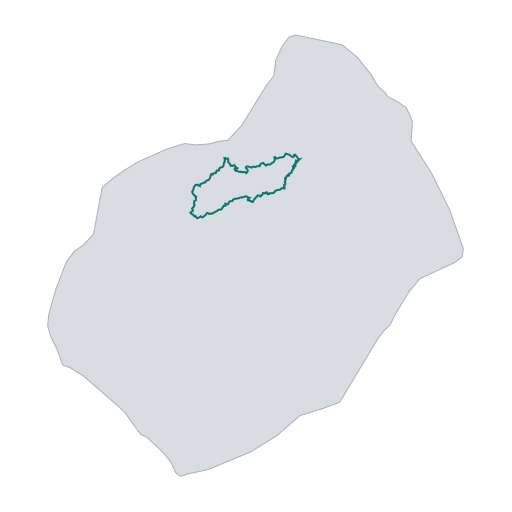 Senqunyane, Mohale's Hoek, Lesotho shown in context, rotated 181°
{"feature_id": "5366337B33484632256232", "entity_name": "Senqunyane", "entity_type": "district", "adm_level": 2, "iso_a3": "LSO", "parent_name": "Lesotho", "parent_adm1": "Mohale's Hoek", "projection": "natural_earth1", "projection_center": [28.303, -29.937], "detail": "fine", "context": "in_parent", "style": "outline", "palette": "teal", "viewbox_px": 512, "rotation_deg": 181, "n_neighbors": 0, "source": "geoboundaries", "source_scale": "gbopen_adm2", "svg_char_len": 7034}
<svg xmlns="http://www.w3.org/2000/svg" viewBox="0 0 512 512"><g transform="rotate(181 256 256)"><path d="M347.0,361.4L331.1,366.7L328.9,367.2L318.7,366.0L305.1,367.2L294.4,370.2L286.1,371.2L272.5,386.5L248.0,427.7L241.4,436.3L239.6,452.5L233.9,465.3L226.9,475.3L220.1,477.7L199.6,473.7L173.3,468.6L158.0,456.2L144.4,439.9L137.2,428.0L129.7,421.5L127.1,417.8L116.4,412.3L112.4,409.5L108.8,407.5L104.5,399.6L102.0,392.7L102.9,373.6L95.4,362.2L82.4,342.8L74.2,326.9L63.0,305.1L56.1,286.5L48.9,267.2L49.8,258.9L56.6,253.3L76.4,243.6L91.8,236.1L102.8,222.3L114.8,201.8L120.7,189.5L126.5,183.8L132.9,175.1L144.0,155.8L156.4,134.4L169.7,111.4L186.5,104.7L209.5,97.1L231.6,77.0L257.9,60.0L300.3,41.6L320.1,37.0L327.7,34.3L332.4,37.8L337.5,48.3L344.7,57.1L361.4,72.4L368.5,76.1L385.8,98.8L404.2,114.3L425.5,132.3L440.0,141.2L447.3,143.6L453.4,159.5L459.6,171.3L463.1,182.4L462.3,193.1L455.5,219.4L445.7,246.3L437.8,257.5L428.2,264.5L418.8,275.2L415.2,296.7L410.9,322.1L398.7,332.5L389.2,339.4L376.1,347.8L347.0,361.4Z" fill="#d9dde1" stroke="#a8b0b8" stroke-width="1"/><path d="M227.9,358.9L228.1,358.8L228.3,358.5L229.7,356.0L230.0,355.7L230.5,355.4L232.6,355.1L233.4,354.9L234.0,354.9L235.5,354.1L236.5,353.9L237.5,354.0L238.0,354.2L238.3,355.1L238.9,355.3L239.3,355.1L239.5,354.7L239.3,354.2L238.9,353.2L238.8,352.6L239.7,350.5L240.5,349.8L242.4,348.8L243.1,347.9L243.5,347.7L244.4,347.6L245.4,347.9L245.7,347.9L246.8,347.4L247.5,346.6L247.9,346.8L249.4,348.0L250.4,349.3L251.1,349.1L252.0,348.5L252.7,348.4L253.0,348.1L253.7,346.9L253.7,346.1L253.8,345.9L254.2,345.7L255.6,345.9L256.0,345.9L257.5,345.3L258.0,344.9L258.6,345.0L259.3,345.3L260.7,345.3L261.0,345.1L261.3,344.6L261.7,344.4L263.0,344.5L265.1,345.4L267.0,345.3L267.3,345.1L267.6,344.8L267.7,344.5L267.7,344.1L266.8,342.9L265.8,341.9L265.7,341.6L265.8,341.0L266.0,340.1L266.6,339.5L267.1,338.6L267.3,338.6L267.6,338.9L267.8,339.4L268.3,339.7L269.9,339.7L271.3,339.4L271.5,339.5L271.8,339.9L272.1,340.0L272.6,339.8L272.9,340.0L273.4,339.8L274.3,339.9L276.0,340.5L277.7,340.8L278.9,342.3L279.0,342.6L278.8,342.9L278.1,343.5L277.6,343.5L277.0,343.0L276.6,342.9L276.1,343.0L276.1,343.6L276.6,343.9L277.9,344.2L278.3,344.7L278.5,345.8L278.7,346.1L279.3,346.4L280.0,346.4L280.9,345.6L282.2,346.0L282.5,345.6L282.9,345.6L283.4,346.5L283.5,347.4L283.8,347.8L285.1,349.2L285.5,349.8L285.3,351.8L285.6,352.4L285.7,353.0L285.8,353.1L286.4,353.0L287.8,352.5L288.4,352.9L288.6,353.4L289.3,353.5L289.2,352.8L288.9,352.1L288.9,351.3L288.8,351.0L288.7,350.4L288.8,350.1L289.1,350.0L289.3,349.7L289.4,349.2L289.3,348.7L289.7,348.3L289.9,347.7L290.0,347.1L289.9,346.5L290.1,345.6L291.0,344.4L292.3,344.1L292.8,343.7L293.8,343.6L294.1,343.1L294.1,342.7L294.4,342.3L294.5,341.5L294.4,341.0L294.5,340.8L295.6,340.7L296.5,340.8L296.8,340.7L297.4,339.2L297.5,338.3L298.5,338.0L299.8,338.0L300.1,337.9L300.4,337.5L300.5,336.9L300.7,336.6L301.0,336.6L301.8,337.1L302.3,337.0L302.4,336.2L302.8,335.5L303.0,333.9L303.2,333.5L303.6,333.0L303.6,332.5L303.7,332.3L304.2,331.7L305.1,331.0L306.0,330.8L306.3,330.6L306.9,330.5L307.1,330.4L307.4,330.0L308.0,328.7L308.7,328.4L309.6,328.4L310.5,328.0L310.9,327.6L312.8,327.0L312.9,326.4L313.3,326.0L313.5,325.6L313.4,325.0L314.8,325.5L315.4,326.2L315.6,326.3L315.9,326.3L316.4,326.0L316.9,326.2L317.4,326.2L317.8,326.0L318.6,324.6L319.3,323.9L319.5,322.8L319.7,322.3L319.8,321.4L320.0,320.6L320.3,320.1L320.9,319.5L321.0,318.9L320.9,318.7L320.5,317.9L320.4,317.4L320.0,316.8L319.2,316.2L318.1,314.9L317.3,314.4L316.9,314.3L317.0,314.0L317.0,313.6L317.4,312.8L317.1,311.6L317.0,311.1L317.1,310.7L317.8,310.1L318.8,309.7L318.7,308.7L318.8,308.5L318.8,308.0L319.0,307.0L318.6,306.8L318.6,306.2L318.4,305.5L319.2,303.9L319.9,303.5L320.8,302.4L320.8,302.1L320.3,301.7L319.9,301.0L320.0,299.9L320.1,299.7L320.4,299.5L321.1,299.3L322.1,298.3L322.3,298.3L322.3,298.0L321.6,297.5L321.2,297.0L320.6,296.6L319.4,296.2L318.8,295.4L318.4,294.6L318.0,294.6L317.4,294.8L316.8,294.6L316.6,294.3L316.4,293.4L315.6,292.9L315.1,292.8L314.7,293.0L313.8,293.5L312.5,294.2L311.9,294.8L311.7,294.7L311.4,294.2L311.0,293.8L309.9,293.9L309.5,294.1L308.7,294.7L308.2,295.5L307.2,295.9L306.1,297.6L305.5,298.2L304.7,298.1L303.9,297.5L303.5,297.2L303.0,297.3L302.2,297.6L301.8,297.6L301.0,297.4L300.6,297.6L300.0,298.1L298.4,298.8L297.7,299.4L295.8,300.2L294.7,301.4L293.4,301.8L291.4,301.9L291.2,302.1L290.8,303.2L290.0,304.1L289.5,305.5L289.3,305.7L288.9,305.8L288.0,305.5L287.8,305.5L287.5,305.8L287.3,306.0L287.5,306.4L287.4,307.1L287.6,307.7L287.6,307.9L287.2,307.9L286.7,307.5L286.1,307.2L285.2,307.1L284.8,307.3L284.6,307.6L284.5,308.0L283.5,310.1L282.6,310.2L280.5,310.6L280.0,311.9L278.2,312.9L277.4,312.7L276.6,313.0L275.7,313.1L274.7,313.5L274.0,313.4L272.8,314.2L272.4,314.3L270.7,314.3L270.2,314.4L269.7,314.8L268.7,314.9L267.6,315.5L267.3,315.6L266.2,315.2L265.3,314.6L263.6,314.1L264.2,313.8L264.6,313.5L264.9,313.0L265.2,312.4L265.1,311.5L264.6,311.5L263.7,311.7L263.6,311.3L263.4,311.1L262.9,311.1L262.8,310.9L262.1,310.8L261.5,310.2L260.1,309.9L259.9,310.3L259.8,311.0L258.3,313.2L257.7,313.6L257.5,314.3L256.3,315.3L255.8,316.1L255.5,316.4L255.1,316.6L254.6,316.6L253.6,316.2L252.5,315.5L252.3,315.6L252.2,316.1L251.7,316.9L251.3,317.2L250.8,317.2L250.6,317.5L250.1,319.2L248.7,319.0L248.1,318.7L247.8,318.8L247.4,319.6L246.7,319.5L246.3,319.8L245.8,318.8L245.7,318.3L245.6,318.1L245.2,317.9L244.3,318.0L244.0,318.2L243.7,319.0L242.6,318.8L241.4,319.2L240.0,319.1L238.6,320.1L238.0,321.4L237.5,321.4L236.8,322.0L236.0,322.3L235.1,322.5L233.9,322.5L232.9,322.9L232.5,323.1L232.0,323.8L231.7,324.2L231.0,324.1L230.8,324.2L230.3,324.2L230.2,324.4L229.2,324.1L228.7,324.1L228.8,324.4L228.7,325.2L228.8,325.4L229.0,325.3L229.2,325.8L229.2,326.0L228.9,326.7L229.0,327.4L228.7,327.4L228.3,327.6L228.1,327.9L228.2,328.4L228.1,329.0L227.9,329.6L228.0,329.8L228.4,330.1L228.5,330.7L227.9,332.0L228.2,332.9L227.8,333.3L227.6,333.6L227.8,333.9L228.2,334.2L228.2,334.5L227.8,334.5L227.5,334.7L227.1,335.7L227.0,335.9L226.4,336.1L226.2,337.0L225.8,336.9L225.4,337.0L225.4,337.4L225.2,337.5L224.9,337.2L225.0,336.8L224.5,336.8L224.4,337.0L224.3,337.5L224.8,338.1L224.4,338.4L224.3,338.8L224.0,338.7L221.8,340.1L221.7,340.3L221.8,341.2L221.4,342.2L221.3,342.4L220.7,342.7L220.7,343.1L220.8,343.4L220.6,343.6L220.4,343.9L219.6,344.4L219.4,345.0L219.5,345.3L220.5,345.7L220.7,346.1L220.0,346.3L219.8,346.8L219.4,346.9L219.1,347.0L218.7,346.5L218.4,346.5L218.1,346.6L218.1,346.8L218.3,347.3L218.6,347.5L219.1,347.5L219.4,347.8L219.3,348.0L218.8,348.1L218.0,348.8L218.0,349.1L218.2,349.4L218.3,349.8L218.1,350.1L218.0,350.5L217.6,350.4L217.1,350.1L217.0,350.3L217.8,350.8L217.8,351.1L217.5,351.5L217.6,352.1L217.2,352.0L216.8,351.4L216.5,351.2L216.1,351.2L216.0,351.3L216.1,351.5L216.0,352.2L215.3,352.3L214.2,353.4L214.6,353.3L215.4,353.9L216.1,355.0L217.2,356.3L218.2,357.5L218.8,357.9L219.2,358.0L219.7,357.5L219.8,357.0L219.7,356.6L219.8,356.1L220.7,355.6L221.1,355.6L222.7,356.5L224.2,357.7L224.8,358.0L225.8,358.1L227.9,358.9Z" fill="none" stroke="#0f766e" stroke-width="2"/></g></svg>